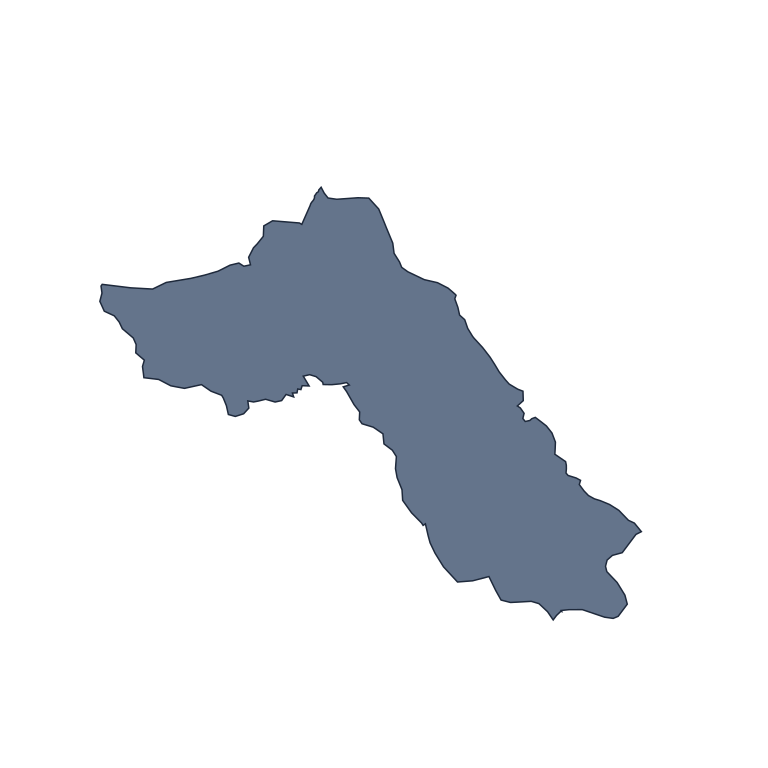 outline of Lelouma, Lélouma, Guinea, rotated 288°
{"feature_id": "49546643B79531384041877", "entity_name": "Lelouma", "entity_type": "district", "adm_level": 2, "iso_a3": "GIN", "parent_name": "Guinea", "parent_adm1": "Lélouma", "projection": "equal_earth", "projection_center": [-12.691, 11.514], "detail": "fine", "context": "isolated", "style": "filled", "palette": "slate", "viewbox_px": 768, "rotation_deg": 288, "n_neighbors": 0, "source": "geoboundaries", "source_scale": "gbopen_adm2", "svg_char_len": 2614}
<svg xmlns="http://www.w3.org/2000/svg" viewBox="0 0 768 768"><g transform="rotate(288 384 384)"><path d="M211.9,617.8L217.2,619.6L222.4,622.4L222.5,623.3L223.3,622.4L226.6,629.8L230.7,642.4L230.4,665.9L231.9,674.4L235.4,678.5L249.8,683.4L257.6,678.4L267.3,667.0L274.4,653.9L279.1,651.0L285.5,650.6L291.6,654.2L297.2,662.7L318.8,670.1L323.1,674.4L329.1,665.1L329.9,658.6L336.4,646.4L339.1,635.8L339.9,625.7L339.8,619.6L341.1,612.9L344.1,607.3L348.7,600.8L353.1,600.7L354.0,595.8L353.9,587.3L355.6,584.6L359.6,583.7L363.1,582.5L366.3,580.7L370.0,568.2L375.7,566.7L381.7,565.0L389.3,558.9L394.3,551.4L396.6,545.1L399.0,538.2L396.7,535.3L394.4,534.0L392.0,529.9L394.1,526.7L399.4,526.3L403.4,521.0L404.3,517.6L411.2,521.6L420.1,518.4L420.4,512.8L422.6,503.1L425.4,498.3L431.1,489.8L436.6,483.5L442.2,476.7L449.1,466.6L455.3,455.6L456.7,453.5L462.8,446.4L466.0,444.0L470.1,440.9L472.9,434.6L479.7,430.6L486.9,425.0L490.7,425.1L491.5,423.6L495.0,415.3L496.9,403.6L495.7,390.1L498.1,372.0L500.4,364.8L504.9,361.0L511.4,353.2L520.7,348.8L533.3,338.0L538.1,334.0L548.8,324.9L556.1,312.1L553.1,301.7L545.1,282.0L543.6,273.3L547.1,268.1L551.7,263.4L550.0,262.7L548.4,262.0L546.6,262.2L545.0,260.9L542.9,260.3L541.3,259.8L539.8,260.3L538.0,260.3L536.3,259.8L534.4,259.0L532.6,258.6L531.0,258.6L516.4,257.1L510.4,256.5L511.0,253.8L504.8,227.6L497.2,220.8L487.2,223.6L478.0,220.1L473.3,217.8L468.3,217.0L462.7,216.1L456.1,220.2L452.7,214.3L454.2,208.6L449.5,200.9L440.0,191.3L432.1,179.7L424.8,167.7L413.3,145.5L402.8,134.6L397.2,113.4L391.7,85.2L389.7,84.6L383.3,87.7L374.8,88.2L366.8,95.5L365.5,106.4L361.1,113.0L355.7,118.1L350.3,131.3L344.9,136.1L336.9,138.3L332.6,148.7L326.0,148.9L319.7,151.9L315.8,153.7L318.7,168.3L316.4,181.8L317.2,188.2L318.2,195.6L327.0,210.6L323.7,221.7L323.1,233.1L320.9,235.6L314.7,240.8L306.9,245.4L307.2,252.6L312.3,259.7L319.3,262.9L325.8,259.7L326.6,265.5L328.9,269.7L332.9,276.1L333.2,286.0L336.6,291.8L343.8,294.1L343.8,302.1L347.1,299.7L348.7,304.0L352.6,303.5L353.0,306.7L357.1,306.7L359.0,313.4L366.5,304.8L369.9,310.4L370.0,317.2L366.7,325.2L364.7,326.3L367.2,334.5L370.7,342.5L373.8,348.0L372.3,351.3L368.7,346.1L365.2,350.8L355.1,361.9L349.9,369.5L342.3,371.6L339.4,375.4L339.6,387.1L336.3,398.4L327.0,402.5L323.6,412.4L318.8,418.2L307.0,421.1L299.0,425.4L289.0,433.8L279.1,437.7L270.0,450.0L263.4,462.7L261.6,464.9L263.8,466.6L253.3,472.9L247.2,476.9L238.9,484.8L228.5,497.1L218.4,515.1L224.2,529.1L233.3,543.3L222.1,554.1L214.7,562.1L215.3,571.8L218.4,579.9L222.8,591.2L223.0,599.2L218.0,609.9L212.2,617.4L211.9,617.8Z" fill="#64748b" stroke="#1e293b" stroke-width="1.5"/></g></svg>